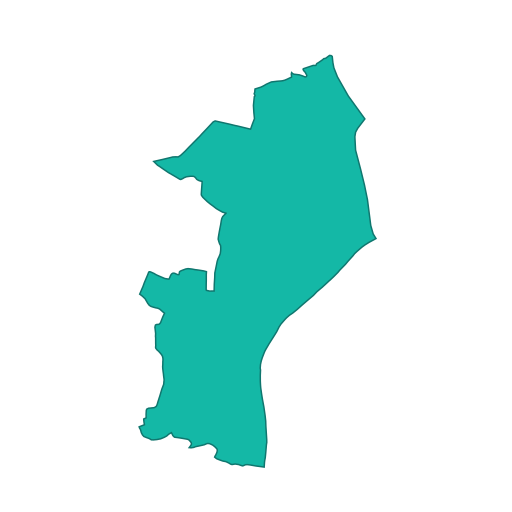 Vinh Long, Vĩnh Long, Vietnam, rotated 99°
{"feature_id": "81297802B51499597672373", "entity_name": "Vinh Long", "entity_type": "district", "adm_level": 2, "iso_a3": "VNM", "parent_name": "Vietnam", "parent_adm1": "Vĩnh Long", "projection": "orthographic", "projection_center": [105.946, 10.252], "detail": "fine", "context": "isolated", "style": "filled", "palette": "teal", "viewbox_px": 512, "rotation_deg": 99, "n_neighbors": 0, "source": "geoboundaries", "source_scale": "gbopen_adm2", "svg_char_len": 5418}
<svg xmlns="http://www.w3.org/2000/svg" viewBox="0 0 512 512"><g transform="rotate(99 256 256)"><path d="M103.6,169.9L83.5,189.9L66.3,203.6L58.0,208.5L53.0,210.3L47.0,211.9L46.7,212.3L46.3,213.2L46.4,214.8L49.1,217.4L49.5,217.8L49.9,218.3L50.2,219.1L50.4,219.8L50.8,220.2L51.6,220.8L54.8,224.1L56.4,226.0L57.0,226.3L58.2,226.6L58.5,227.0L58.8,229.3L63.6,238.5L64.0,238.7L64.5,238.6L65.1,238.2L65.9,237.4L66.9,236.1L69.6,234.1L70.1,234.1L70.8,234.3L71.3,234.8L71.4,235.7L70.7,238.9L70.3,241.5L70.4,245.0L70.5,247.0L70.2,248.1L69.3,249.5L70.8,249.6L71.2,249.5L72.9,249.0L73.5,248.9L73.8,248.9L75.1,250.9L76.3,252.6L77.8,255.0L78.6,256.8L79.1,258.3L80.1,262.5L81.7,268.1L84.8,272.8L86.4,274.7L87.5,276.2L88.5,277.7L91.2,283.1L93.2,283.0L93.9,282.9L94.6,282.9L95.5,283.1L95.9,283.2L96.2,283.1L96.4,283.0L97.2,282.3L97.5,282.1L97.8,282.1L98.1,282.1L98.8,282.6L99.0,282.6L107.7,282.1L114.9,280.5L120.6,279.0L126.2,280.2L131.6,281.2L130.5,294.6L130.4,297.1L129.9,303.0L129.0,317.5L130.3,319.3L138.3,324.7L143.8,328.5L146.9,330.5L148.2,331.5L158.5,338.9L163.7,342.5L168.3,346.1L168.9,346.7L170.3,348.4L170.6,350.8L171.2,353.7L171.4,354.2L171.9,355.3L175.3,363.5L177.0,367.8L178.6,371.8L181.7,367.5L182.6,365.4L184.5,361.5L187.3,355.6L189.5,349.8L192.1,343.3L192.2,342.3L191.1,340.6L189.8,339.1L188.6,337.0L187.5,333.3L187.1,330.5L187.2,329.7L187.4,329.1L187.8,328.5L188.5,327.6L189.5,326.6L190.1,325.2L190.5,323.9L190.8,320.9L192.2,320.7L199.4,320.1L203.7,319.7L204.7,319.3L206.5,317.5L209.9,312.6L211.7,309.5L213.5,306.0L215.4,302.6L217.0,298.5L217.4,297.3L217.9,296.0L218.4,292.3L218.5,292.3L220.1,293.5L222.2,295.0L224.1,295.6L226.2,295.8L230.6,295.8L236.0,296.0L240.6,296.1L243.4,296.1L245.3,296.0L247.7,294.9L249.6,293.9L251.1,292.7L252.9,292.2L255.6,291.8L257.6,291.7L259.5,291.7L262.5,292.4L264.8,293.1L267.3,293.5L272.4,293.7L279.2,294.0L283.9,293.4L290.4,292.8L297.1,291.9L297.9,296.3L297.7,299.6L296.9,300.0L291.4,300.8L287.7,301.3L282.1,302.2L279.9,302.4L279.2,302.5L278.9,305.4L278.9,310.9L279.0,314.2L278.9,317.4L279.1,321.2L279.8,323.3L281.4,326.2L282.5,328.0L283.2,328.8L283.7,329.1L284.5,329.1L285.9,329.1L286.4,329.2L286.5,329.4L286.6,329.9L286.6,330.9L286.1,332.5L285.9,333.2L285.8,333.9L285.8,334.5L285.9,335.2L286.2,335.8L287.0,336.6L288.2,337.2L291.3,338.0L292.5,338.4L292.5,341.1L292.5,342.5L291.0,348.5L290.2,351.5L289.2,354.0L288.2,357.7L288.2,358.5L288.3,359.1L288.9,359.5L291.3,360.0L299.8,362.1L304.0,362.9L307.0,363.7L311.1,364.7L311.9,364.9L312.6,363.5L313.0,362.7L313.5,361.9L313.6,361.7L314.0,361.1L314.6,360.3L314.9,359.8L315.4,359.0L319.7,355.5L321.4,353.7L322.2,351.9L322.6,349.5L322.9,346.7L322.9,345.1L323.4,343.0L324.2,341.7L326.0,338.9L326.8,337.4L330.6,338.5L333.7,339.2L335.6,339.6L336.6,339.8L337.8,340.4L338.6,341.1L338.8,341.8L339.2,343.5L339.9,344.5L340.6,344.6L342.1,344.7L348.3,343.0L351.1,342.7L352.6,342.3L355.7,341.8L358.1,341.4L360.1,341.0L361.9,340.9L362.7,340.6L364.2,339.1L365.3,337.3L366.3,336.1L367.1,335.1L368.5,333.6L369.7,332.7L370.9,332.2L371.8,331.9L373.3,331.6L374.8,331.5L377.6,331.1L379.9,330.9L381.7,330.5L384.6,329.7L386.9,329.0L388.5,328.6L391.5,327.7L392.7,327.4L393.8,327.3L394.6,327.3L397.1,327.1L402.4,328.2L408.6,329.0L415.8,330.1L418.2,330.4L420.2,331.0L421.7,332.8L422.7,336.5L423.2,338.4L424.4,340.0L425.7,340.2L429.5,339.8L433.0,339.2L433.8,340.2L434.2,341.1L434.6,341.4L435.6,341.2L438.1,340.5L440.1,339.8L441.4,342.0L443.0,344.7L444.0,344.2L445.6,342.9L448.5,341.6L450.5,340.1L451.8,338.5L452.4,336.0L453.0,332.9L453.9,330.7L453.9,330.4L453.7,328.7L452.8,325.2L451.5,321.6L449.4,318.2L447.7,316.0L445.7,314.4L443.7,311.9L446.5,309.9L447.1,309.0L447.6,308.4L447.7,307.9L447.6,304.1L447.6,301.2L447.7,295.8L447.8,294.5L448.1,293.6L448.6,292.9L449.8,291.5L450.5,290.8L451.2,290.5L451.6,290.4L452.1,290.4L452.9,290.6L454.0,291.1L455.7,292.0L455.6,290.1L454.8,287.6L453.8,285.9L452.5,282.5L451.4,279.7L450.5,277.5L449.5,276.0L448.9,275.0L448.7,274.1L448.6,273.0L448.7,272.0L449.5,269.2L450.8,266.9L452.4,264.7L453.0,264.2L453.4,264.0L454.5,263.8L454.9,263.8L456.1,263.9L457.3,264.2L458.5,264.5L460.2,265.2L461.1,265.4L461.2,265.2L461.9,264.0L462.4,263.1L463.2,259.5L463.7,256.7L463.8,253.7L464.1,252.5L464.8,250.2L465.5,248.6L465.7,247.5L465.7,247.0L465.4,246.1L465.0,244.9L464.7,244.0L464.7,242.9L464.7,240.5L465.1,238.6L465.4,236.7L465.3,236.2L465.1,235.7L464.4,234.7L463.8,233.7L463.4,232.0L463.3,229.2L463.4,223.2L463.3,219.4L463.2,214.9L458.8,215.3L456.7,215.4L453.9,215.3L448.8,215.6L440.8,216.2L439.4,216.2L438.5,216.2L435.6,216.7L431.6,217.6L422.7,219.6L417.5,220.6L412.0,222.1L403.9,224.6L401.1,225.6L396.6,227.2L391.7,228.8L385.5,230.7L383.0,231.3L380.2,231.9L378.7,232.2L373.2,233.1L367.9,233.7L366.1,234.3L362.3,234.6L358.9,234.4L355.5,233.9L349.9,232.7L348.4,232.3L346.4,231.6L344.1,230.7L340.5,229.3L332.0,225.6L327.5,223.7L322.4,222.1L319.3,220.7L314.2,217.5L312.3,216.2L309.4,213.8L309.2,213.6L306.5,210.7L302.5,207.1L297.1,202.7L292.5,198.8L285.9,193.1L285.3,192.7L281.8,190.3L277.4,186.5L276.5,185.7L274.7,184.3L274.1,183.8L269.0,179.8L268.1,179.0L264.2,176.0L259.9,172.9L259.5,172.6L256.8,171.0L250.3,166.4L250.0,166.2L247.1,164.5L240.7,160.3L238.3,159.0L235.7,157.0L231.9,153.8L230.4,152.5L227.9,150.0L224.7,146.3L220.0,140.2L215.9,143.7L208.0,147.4L183.0,154.7L174.2,158.0L169.1,159.9L154.1,166.2L135.9,174.2L127.5,176.0L122.7,177.0L118.1,177.0L113.9,175.5L103.6,169.9Z" fill="#14b8a6" stroke="#0f766e" stroke-width="1.5"/></g></svg>